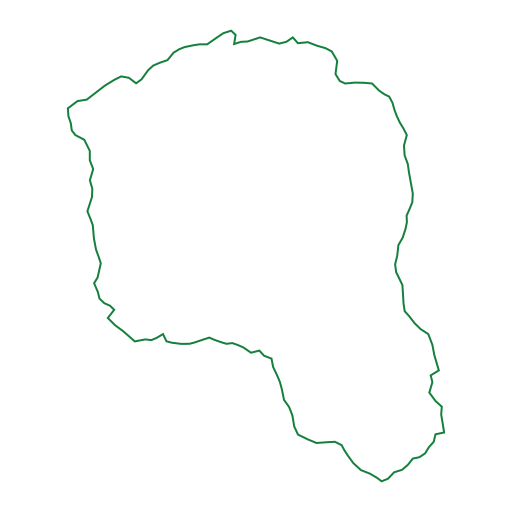 Cruzeiro, São Paulo, Brazil (Equal Earth projection)
{"feature_id": "56859067B26751630679552", "entity_name": "Cruzeiro", "entity_type": "district", "adm_level": 2, "iso_a3": "BRA", "parent_name": "Brazil", "parent_adm1": "São Paulo", "projection": "equal_earth", "projection_center": [-45.003, -22.562], "detail": "fine", "context": "isolated", "style": "outline", "palette": "green", "viewbox_px": 512, "rotation_deg": 0, "n_neighbors": 0, "source": "geoboundaries", "source_scale": "gbopen_adm2", "svg_char_len": 2087}
<svg xmlns="http://www.w3.org/2000/svg" viewBox="0 0 512 512"><path d="M67.9,108.3L68.4,116.1L70.8,123.2L71.8,130.5L75.4,135.1L84.3,139.8L89.8,150.9L89.8,160.3L93.2,169.0L89.9,180.3L92.3,188.7L92.0,197.0L87.4,211.3L90.6,219.2L92.8,225.3L93.9,238.3L96.0,249.5L98.2,255.5L100.8,263.3L97.6,277.5L94.1,283.2L97.9,292.1L99.5,298.6L104.3,303.2L110.0,305.7L114.2,309.8L107.8,318.0L115.3,325.4L123.3,331.3L134.8,341.4L145.3,339.4L151.4,340.1L156.8,337.8L163.0,334.1L166.5,341.3L171.7,342.7L181.2,343.9L189.5,343.8L194.9,342.4L200.1,340.6L209.3,337.6L214.6,339.9L220.8,342.1L226.4,343.8L232.4,343.1L237.5,344.9L243.3,347.4L251.0,352.7L259.4,350.6L264.0,355.7L271.5,358.6L273.1,366.9L277.3,375.8L279.9,382.0L281.9,389.4L284.0,399.9L289.1,407.0L292.4,415.5L294.2,426.4L298.0,434.6L307.6,439.3L316.5,443.0L325.7,442.3L334.9,441.8L341.6,445.1L344.5,450.5L348.0,455.8L353.3,463.1L360.9,470.1L370.0,473.7L377.0,477.8L381.6,481.3L387.9,478.8L394.1,472.3L402.1,469.8L407.9,464.8L412.8,458.6L419.4,457.2L425.2,453.3L428.8,447.3L433.7,441.8L435.5,434.3L444.1,432.5L442.5,422.4L441.2,414.6L441.8,406.7L435.5,401.0L429.3,392.6L432.4,382.2L430.7,375.4L438.8,370.4L434.3,355.0L432.4,344.9L428.3,334.1L420.6,329.1L414.7,323.3L409.1,316.1L404.7,311.2L403.5,303.3L403.0,294.2L402.4,285.0L399.2,278.4L396.2,272.3L395.1,264.4L397.2,255.9L398.4,245.1L402.7,237.6L405.6,228.6L406.9,222.2L406.6,215.6L409.6,208.9L412.3,202.3L412.8,193.6L410.4,180.3L409.0,172.5L407.8,164.0L404.6,155.3L404.0,145.5L406.8,135.1L403.4,128.4L399.8,122.5L396.8,116.1L394.4,109.7L392.5,102.8L389.2,96.6L384.4,94.3L379.1,90.6L372.1,83.5L364.1,82.8L354.8,82.6L345.1,83.5L339.8,81.0L335.5,74.1L337.2,60.8L331.7,51.4L325.6,48.2L316.9,45.7L307.9,42.2L297.9,43.2L292.8,37.4L286.4,41.8L279.2,43.6L260.1,37.4L247.6,41.5L241.1,41.8L234.1,44.0L235.6,34.9L231.2,30.7L223.3,33.2L217.1,37.4L207.2,44.3L199.6,44.3L192.7,45.4L184.6,47.1L179.5,49.1L173.6,52.6L167.5,60.1L159.4,62.9L153.2,65.6L148.2,70.1L141.5,79.4L136.1,83.3L128.9,77.8L121.2,76.4L114.2,79.9L104.5,85.9L86.8,99.6L77.5,101.1L67.9,108.3Z" fill="none" stroke="#15803d" stroke-width="2"/></svg>